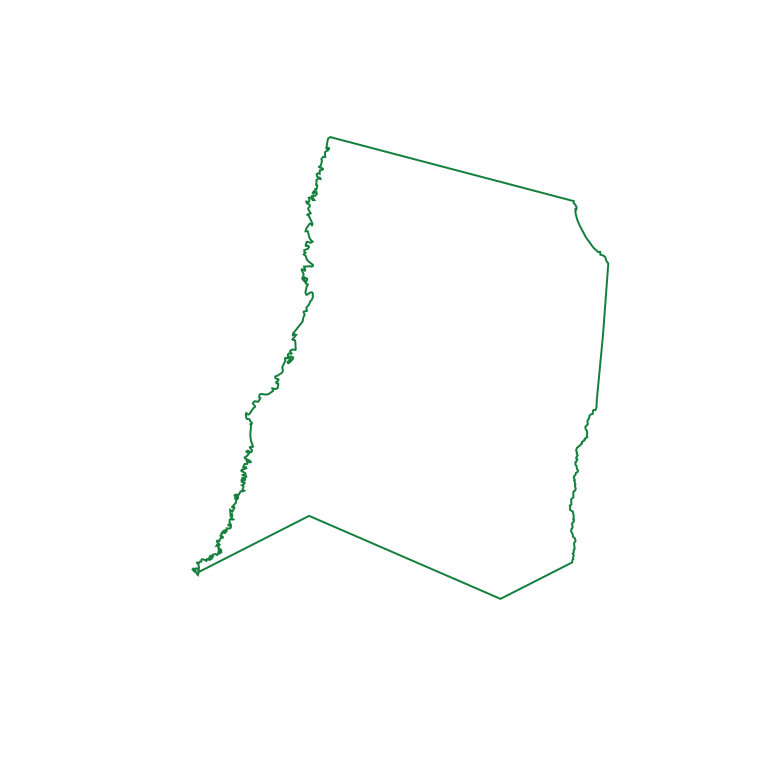 Patiño, Formosa, Argentina, rotated 63°
{"feature_id": "61730980B73790224663832", "entity_name": "Patiño", "entity_type": "district", "adm_level": 2, "iso_a3": "ARG", "parent_name": "Argentina", "parent_adm1": "Formosa", "projection": "albers", "projection_center": [-59.34, -25.077], "detail": "fine", "context": "isolated", "style": "outline", "palette": "green", "viewbox_px": 768, "rotation_deg": 63, "n_neighbors": 0, "source": "geoboundaries", "source_scale": "gbopen_adm2", "svg_char_len": 6165}
<svg xmlns="http://www.w3.org/2000/svg" viewBox="0 0 768 768"><g transform="rotate(63 384 384)"><path d="M467.5,510.6L628.3,377.8L628.4,297.3L626.1,295.8L625.9,294.8L624.7,294.5L623.0,292.8L620.8,292.8L620.7,291.8L617.9,290.2L617.5,289.0L612.2,287.0L610.8,284.6L608.2,284.0L605.8,285.0L603.8,284.1L599.8,284.1L598.2,282.6L597.7,281.2L593.7,279.8L592.5,277.1L591.0,276.3L590.6,276.8L587.6,274.8L583.3,273.7L580.9,275.3L579.7,275.1L578.4,273.9L577.2,273.9L576.6,273.5L576.7,272.5L576.2,271.6L571.7,269.6L570.9,266.7L566.3,264.4L565.8,263.7L565.9,262.7L564.7,260.9L560.9,259.9L560.2,258.9L559.1,259.1L556.2,257.7L556.0,258.1L555.5,257.5L553.8,257.5L552.6,256.7L552.1,255.0L550.4,253.4L550.2,251.3L549.0,250.4L547.1,250.6L544.8,249.7L542.6,250.0L540.5,248.9L540.7,248.3L539.5,246.5L538.9,246.7L538.5,245.9L537.5,246.4L536.7,246.0L535.5,243.8L533.7,244.0L532.5,243.1L530.7,243.1L528.5,241.2L527.6,236.8L526.9,235.8L527.0,234.7L525.5,233.9L525.4,231.7L524.6,230.9L524.8,230.2L523.8,229.5L523.7,227.0L522.2,226.8L519.9,225.2L518.0,224.5L515.4,224.8L513.4,223.9L512.5,220.8L509.0,219.4L507.5,216.6L505.7,215.5L505.0,214.1L505.4,211.7L502.6,209.8L502.3,209.1L503.2,207.5L501.5,205.4L494.6,201.5L440.2,166.9L378.4,129.4L375.8,130.0L371.0,129.3L369.1,130.3L367.0,132.5L364.4,131.4L363.6,133.3L357.7,135.5L345.0,137.5L332.1,137.7L325.8,137.3L319.5,136.0L316.4,134.8L315.2,134.1L315.9,133.7L315.1,132.8L313.7,132.1L310.5,132.2L309.1,132.9L307.2,131.9L139.6,319.8L139.9,322.2L140.9,323.3L147.7,328.3L148.3,328.2L147.9,327.1L148.6,326.0L149.1,325.9L149.7,326.5L150.5,328.1L150.2,329.5L150.8,331.5L155.0,333.3L154.0,335.0L154.8,337.2L155.4,337.8L157.1,338.0L160.9,341.3L160.9,343.3L161.4,343.4L164.3,340.7L164.9,340.9L165.1,341.8L164.6,344.3L167.5,345.9L166.4,346.7L166.4,348.6L168.6,349.4L169.8,349.0L171.3,347.3L172.5,347.5L171.1,349.3L171.7,351.7L173.2,352.2L175.7,354.1L176.6,353.3L177.2,353.5L179.1,355.0L179.6,355.7L179.2,356.6L180.3,356.6L180.5,359.2L181.4,360.8L182.3,360.5L182.0,359.4L182.5,357.1L184.5,357.8L185.0,360.0L183.8,362.7L184.7,363.1L188.5,362.6L187.8,364.1L185.1,364.2L184.1,365.2L184.0,366.6L185.8,366.7L187.7,368.2L186.2,370.4L188.0,370.7L190.5,368.9L191.9,369.3L193.0,371.8L193.9,372.1L198.6,371.9L198.3,375.4L198.8,375.5L200.0,374.6L209.1,375.0L209.8,376.1L208.5,376.3L207.4,377.5L210.4,382.9L212.3,384.6L213.4,382.5L218.9,383.9L222.0,384.0L224.8,383.0L224.9,385.2L222.4,387.8L222.4,388.5L224.7,390.8L225.4,390.9L225.9,390.5L226.0,389.1L227.1,388.5L228.0,388.7L229.0,390.8L228.5,394.2L230.3,395.1L231.4,394.4L232.1,396.7L234.4,395.6L238.0,396.2L239.5,396.0L245.8,393.2L246.6,394.0L246.6,395.1L245.5,396.4L243.1,402.0L246.5,402.4L247.1,403.1L244.5,404.8L244.8,405.5L249.5,405.8L251.4,407.0L252.8,408.9L253.7,409.0L256.5,408.2L256.0,407.4L254.4,407.5L253.1,406.4L255.3,404.7L255.9,404.9L258.4,407.9L258.9,408.0L260.8,406.7L262.4,409.0L266.8,412.5L269.1,412.7L269.5,412.3L269.0,407.6L270.0,406.4L271.2,406.4L274.4,408.0L276.4,410.4L276.7,411.9L279.3,414.9L280.4,417.9L281.2,418.8L283.8,419.4L283.0,422.6L283.8,423.1L286.2,423.2L288.2,425.7L291.4,428.2L297.8,442.2L299.1,443.0L299.4,440.8L300.4,439.9L302.7,445.4L303.3,445.2L304.2,443.7L305.5,443.6L313.2,447.0L313.4,447.5L311.7,449.8L311.7,452.2L312.3,452.8L314.8,452.5L314.9,453.1L313.6,454.9L314.0,456.3L315.7,457.0L316.3,456.7L317.5,454.0L318.8,453.1L319.6,453.1L320.2,453.8L321.6,457.0L322.1,459.6L321.6,460.1L320.5,459.9L320.0,457.2L318.9,455.9L316.0,460.0L316.5,460.8L317.7,461.0L319.0,462.1L322.8,467.0L326.0,467.9L327.6,469.5L328.2,475.0L327.9,477.5L329.3,478.1L331.2,476.9L331.7,476.0L332.3,476.1L333.3,477.6L333.2,478.8L333.7,479.4L334.6,479.4L335.0,478.5L336.0,478.1L339.4,480.7L339.4,482.7L337.2,485.4L339.8,486.1L340.6,491.6L339.5,494.6L337.0,498.0L337.0,499.2L337.3,500.0L339.2,501.3L340.5,500.6L342.7,504.2L340.7,506.9L341.4,509.3L343.0,509.6L345.1,509.0L345.9,509.5L346.3,511.6L349.7,517.5L349.7,518.7L349.1,519.3L347.4,519.9L348.1,520.8L351.6,522.1L353.1,521.9L354.2,519.9L356.3,520.0L359.0,519.4L359.4,519.9L359.3,521.3L360.5,521.2L368.5,526.2L374.2,528.3L380.2,529.1L380.4,529.6L379.3,532.0L379.7,532.4L383.0,531.6L383.8,532.0L384.4,533.6L384.1,534.5L383.1,534.5L381.6,535.6L381.7,537.2L382.3,537.3L384.3,535.8L384.9,536.3L385.8,538.4L386.2,541.5L387.0,541.7L392.1,538.1L393.1,538.2L392.7,539.5L390.2,540.4L390.1,541.3L392.1,541.4L393.1,542.1L392.0,544.6L394.1,547.2L395.4,547.4L395.3,544.9L396.5,545.0L396.0,550.1L396.7,550.5L400.5,548.1L401.4,548.5L401.1,551.2L401.9,550.8L402.8,548.6L403.9,548.7L404.6,550.3L406.4,551.4L406.6,552.3L406.1,552.9L404.0,551.9L403.4,552.7L405.1,554.6L406.5,555.2L408.9,553.1L409.7,554.3L409.7,556.5L410.9,555.7L411.6,555.8L413.9,558.0L415.6,557.0L415.6,558.1L414.6,560.6L416.7,563.5L415.1,566.8L415.5,567.5L417.1,565.2L417.9,565.1L419.4,565.8L419.8,566.7L416.8,567.7L418.6,568.7L419.2,567.7L419.7,567.8L422.7,570.1L424.4,574.9L424.9,575.2L425.5,574.5L425.5,573.5L426.3,573.4L428.8,576.9L426.4,578.2L429.7,579.7L431.0,578.5L431.8,578.7L431.2,580.2L431.8,580.6L433.3,579.8L434.5,581.3L435.1,580.2L436.2,579.8L435.9,580.9L434.9,581.5L434.7,582.9L436.8,584.4L439.8,584.4L439.9,585.0L438.8,586.3L438.9,586.7L439.4,586.8L441.1,584.9L442.2,585.5L442.6,586.1L442.6,587.5L441.2,589.7L443.5,590.9L443.3,591.6L442.1,592.0L442.0,593.9L442.7,594.3L443.9,592.2L444.3,592.4L444.6,593.0L444.1,594.1L442.7,595.7L443.3,596.7L444.3,596.8L444.9,598.6L445.6,598.5L446.9,597.1L447.7,597.3L447.2,599.5L449.2,602.3L448.2,603.0L447.9,603.9L448.3,604.4L450.2,604.3L452.0,603.6L451.5,605.7L452.1,606.8L453.2,604.6L454.6,606.0L457.6,604.5L458.2,604.5L458.9,605.4L459.9,605.2L460.2,607.2L457.8,606.1L456.9,606.7L459.1,608.1L460.6,610.4L459.0,611.4L458.4,613.5L458.7,614.7L460.2,614.6L460.5,615.6L458.5,616.0L458.4,617.4L460.2,619.2L460.6,617.5L461.5,617.3L461.6,619.4L460.4,619.9L459.6,621.2L459.8,622.0L460.8,622.1L461.1,622.6L459.0,623.8L457.5,625.8L457.9,626.6L459.3,627.4L458.7,628.7L459.6,630.3L458.3,631.4L458.5,631.9L460.4,631.3L463.5,632.1L464.7,633.0L464.4,634.0L462.9,635.1L463.0,636.6L461.9,637.7L462.3,638.7L464.9,638.1L464.4,637.2L464.8,636.7L468.2,637.0L469.7,636.5L468.2,635.1L465.2,633.7L467.4,633.1L467.5,510.6Z" fill="none" stroke="#15803d" stroke-width="2"/></g></svg>